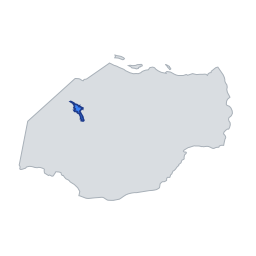 Karatu, Arusha, United Republic of Tanzania shown in context, rotated 281°
{"feature_id": "72390352B22674606658861", "entity_name": "Karatu", "entity_type": "district", "adm_level": 2, "iso_a3": "TZA", "parent_name": "United Republic of Tanzania", "parent_adm1": "Arusha", "projection": "equal_earth", "projection_center": [35.413, -3.487], "detail": "fine", "context": "in_parent", "style": "filled", "palette": "blue", "viewbox_px": 256, "rotation_deg": 281, "n_neighbors": 0, "source": "geoboundaries", "source_scale": "gbopen_adm2", "svg_char_len": 6189}
<svg xmlns="http://www.w3.org/2000/svg" viewBox="0 0 256 256"><g transform="rotate(281 128 128)"><path d="M101.0,185.0L98.8,183.4L96.7,182.5L95.1,181.4L94.3,180.4L92.8,180.0L91.4,179.8L90.1,178.8L87.6,178.5L87.3,177.8L87.2,176.4L86.8,176.0L85.8,175.6L84.8,175.7L84.2,175.9L83.8,175.8L83.0,174.9L82.2,173.9L81.9,172.1L80.7,171.0L79.4,170.2L75.6,170.3L75.0,170.0L74.1,169.1L73.0,167.7L72.2,166.0L71.4,163.8L70.6,160.8L66.2,148.8L65.8,146.6L64.9,144.1L63.5,141.0L62.0,138.7L60.0,136.6L57.8,134.5L56.5,133.1L54.2,127.5L53.7,124.9L53.3,122.1L53.5,121.0L54.9,117.5L55.1,116.5L54.9,115.1L54.1,112.3L53.2,108.9L51.3,102.7L51.1,101.1L51.1,99.9L52.2,93.6L52.2,92.7L56.5,92.8L59.7,90.1L62.4,85.9L63.0,84.2L64.1,81.5L65.2,80.2L65.6,79.3L66.3,76.7L67.7,74.9L69.1,73.5L68.8,72.5L69.1,72.2L69.8,71.4L71.3,70.8L71.6,69.4L71.6,67.8L71.4,67.0L71.4,66.0L71.2,65.4L70.2,65.2L68.7,64.5L67.5,64.1L66.7,63.7L66.4,63.3L66.2,62.4L66.9,60.0L66.2,59.0L67.7,55.0L68.0,54.5L68.6,54.4L69.5,54.0L70.3,53.8L70.9,53.9L71.4,53.8L71.8,53.3L72.2,51.9L72.5,49.7L72.3,47.8L71.7,46.4L71.5,44.2L71.8,41.3L71.6,38.8L70.9,36.9L70.2,35.7L69.1,35.2L67.4,32.2L66.8,30.8L66.9,29.9L67.5,29.5L68.6,29.6L69.7,29.3L70.6,28.4L71.5,28.2L72.0,28.3L115.5,28.3L166.3,66.5L166.6,67.0L167.0,70.3L166.9,71.4L166.1,73.3L165.8,74.3L165.8,75.0L166.0,75.2L166.7,75.3L167.3,75.8L167.5,76.1L167.9,77.5L168.5,78.3L187.7,97.0L188.2,97.3L187.9,98.8L186.8,102.6L186.7,104.2L186.3,106.1L185.9,107.3L184.8,112.7L183.8,114.7L182.6,119.4L182.3,123.0L183.0,125.5L183.3,127.8L184.8,130.1L186.0,131.0L186.8,132.0L188.2,134.4L189.0,136.8L191.5,138.0L192.5,140.7L192.2,142.6L191.0,144.1L189.9,146.6L189.0,149.9L188.9,154.9L189.5,154.2L190.9,155.4L191.0,159.1L189.6,163.4L189.2,165.4L189.1,167.1L190.1,172.3L191.6,174.9L191.5,175.7L191.1,176.4L193.7,181.0L193.5,185.1L194.4,188.2L194.9,190.9L195.5,193.0L195.6,194.4L194.8,196.0L196.7,196.4L197.8,197.7L198.3,199.0L199.7,198.9L200.5,199.8L201.5,200.5L203.9,202.6L204.5,203.6L204.9,204.6L198.4,211.2L196.0,212.9L194.3,213.7L192.5,214.1L190.8,215.2L189.2,216.8L187.1,217.6L184.6,217.6L181.9,218.8L177.7,222.2L175.3,220.3L173.4,219.7L171.2,219.8L169.9,220.0L169.4,220.4L169.0,221.6L168.6,223.5L167.2,225.3L164.7,227.0L162.3,227.7L160.2,227.2L158.8,226.5L158.0,225.5L156.9,225.0L155.5,225.1L154.1,225.8L152.7,227.2L150.6,227.8L147.7,227.6L146.1,227.0L145.9,225.8L144.6,224.5L142.3,223.0L140.5,222.9L139.4,224.4L138.4,225.3L137.5,225.7L136.7,225.7L135.5,225.3L132.2,225.2L129.2,225.2L128.9,223.1L128.2,221.8L127.7,221.1L126.6,220.9L126.3,220.3L126.0,219.0L125.5,217.8L124.8,216.9L124.3,216.0L124.2,215.2L124.3,214.4L124.9,212.2L125.2,210.7L125.1,209.2L124.7,207.6L124.0,205.8L124.1,205.2L123.8,203.9L123.8,203.1L123.9,201.9L123.8,200.5L123.2,197.4L123.2,196.6L122.5,195.1L120.5,191.5L120.4,191.0L117.2,187.4L115.9,186.7L115.4,187.3L115.2,188.0L115.4,189.1L115.3,189.7L115.2,189.9L114.4,189.9L113.9,189.8L112.7,188.8L111.8,188.6L109.4,188.7L108.6,189.0L108.0,188.8L106.7,187.1L105.3,186.8L104.0,186.7L101.8,184.8L101.0,185.0ZM191.9,124.9L193.0,128.9L192.8,129.6L192.1,130.1L191.7,130.1L191.2,129.5L190.9,128.1L190.3,128.4L189.4,126.8L188.4,126.8L187.6,124.9L187.9,123.2L187.7,120.4L188.7,118.9L189.3,116.5L190.0,118.1L190.1,120.7L191.0,123.8L191.9,124.9ZM197.1,101.3L197.1,102.2L196.9,103.1L197.0,105.9L196.9,107.8L196.1,110.4L195.4,111.3L194.9,111.0L194.4,110.6L194.0,109.9L194.8,105.1L194.4,101.6L195.9,102.0L197.1,101.3ZM194.8,158.5L194.0,158.7L193.7,158.5L193.3,157.7L194.1,157.0L194.9,155.7L196.7,153.9L197.5,152.4L197.4,153.8L196.3,157.0L195.5,157.2L194.8,158.5Z" fill="#d9dde1" stroke="#a8b0b8" stroke-width="1"/><path d="M141.2,73.6L141.2,73.4L141.3,73.4L141.4,73.2L141.4,72.9L141.3,72.6L141.3,72.3L141.1,72.0L141.2,71.7L141.4,71.5L141.5,71.4L141.7,71.1L141.9,70.8L142.0,70.5L142.2,70.2L142.4,69.7L142.7,68.6L143.0,67.9L143.1,67.5L143.1,67.2L143.2,66.6L142.9,66.2L142.8,66.5L142.7,66.6L142.7,66.9L142.5,67.2L142.4,67.5L142.1,68.3L141.9,69.1L141.5,69.6L141.1,70.0L140.7,70.4L140.4,70.5L140.4,70.4L140.3,70.5L140.2,70.6L139.8,70.8L139.7,70.9L139.5,71.1L139.4,71.2L139.2,71.2L138.9,71.2L138.7,71.4L138.4,71.2L138.2,71.1L138.2,71.3L137.7,71.3L137.4,71.2L137.4,71.3L137.2,71.5L137.2,71.8L136.9,71.9L136.9,72.0L136.9,72.3L136.7,72.2L136.3,72.2L136.0,72.2L135.9,72.2L135.8,72.3L135.8,72.5L135.6,72.4L135.5,72.0L135.4,71.7L135.0,71.8L134.8,72.0L134.8,71.9L134.8,71.7L134.7,71.8L134.2,72.2L134.0,72.6L134.0,72.8L134.0,73.0L134.3,73.3L134.5,73.7L134.5,73.8L134.6,74.2L134.6,74.5L134.4,74.9L134.4,75.0L134.2,75.0L133.9,75.0L133.7,75.0L133.7,74.9L133.6,75.0L133.4,75.3L133.5,75.3L133.6,75.2L133.7,75.3L133.5,75.5L133.4,75.5L133.2,75.5L133.0,75.9L133.0,76.1L133.0,76.3L133.0,76.5L133.0,76.8L133.1,77.0L132.7,77.4L132.5,77.5L132.4,77.5L132.2,77.7L131.9,77.8L131.5,78.2L131.3,78.4L130.9,78.7L130.3,79.1L130.2,79.1L129.9,79.2L129.8,79.3L129.7,79.3L129.4,79.4L129.3,79.5L129.2,79.5L128.9,79.6L128.7,79.6L128.8,79.7L128.7,79.7L128.3,80.0L128.2,80.0L127.9,80.1L127.7,80.2L127.7,80.3L127.4,80.4L127.3,80.5L127.2,80.8L127.3,80.8L127.2,80.9L127.0,81.0L126.9,81.0L126.8,80.9L126.8,80.7L126.8,80.4L126.8,80.5L126.7,80.5L126.4,80.7L126.2,80.7L126.2,80.8L126.2,81.3L126.2,82.2L126.2,82.5L126.3,82.8L126.5,83.0L126.8,83.2L126.9,83.3L127.0,83.3L127.5,83.1L127.6,82.9L127.8,82.5L128.2,82.6L128.4,82.4L128.5,82.4L129.0,82.1L129.3,81.8L129.5,81.7L129.5,81.8L129.8,81.9L130.3,81.7L130.7,81.2L130.9,81.1L131.2,81.0L131.6,80.6L132.0,80.2L132.3,80.0L132.5,79.7L133.0,79.4L133.0,79.2L133.6,78.6L133.9,78.5L134.0,78.6L134.3,78.4L134.5,78.2L134.7,77.7L134.8,77.6L135.0,77.2L135.2,77.3L135.3,77.3L135.5,77.4L135.6,77.5L135.8,77.7L136.0,77.8L136.1,78.0L136.3,78.0L136.5,78.1L136.8,78.3L137.0,78.4L137.2,78.5L137.3,78.6L137.5,78.6L138.0,78.6L138.3,78.7L138.2,79.3L138.1,79.5L138.0,79.8L137.9,80.0L138.4,80.0L138.8,80.0L138.9,79.9L139.1,79.9L139.1,79.6L139.2,79.4L139.2,79.2L139.3,78.9L139.4,78.7L139.5,78.1L139.5,77.8L139.6,77.4L139.6,77.0L139.6,76.6L139.6,76.0L139.8,76.2L139.9,76.3L139.9,76.2L139.9,76.3L140.0,76.3L140.0,76.2L140.3,76.1L140.5,76.1L140.4,76.0L140.4,75.9L140.3,75.7L140.4,75.4L140.5,75.2L140.7,74.9L140.7,74.7L140.7,74.3L140.8,74.2L141.0,74.0L141.0,73.9L141.0,73.7L141.2,73.6Z" fill="#3b82f6" stroke="#1e3a8a" stroke-width="1.5"/></g></svg>